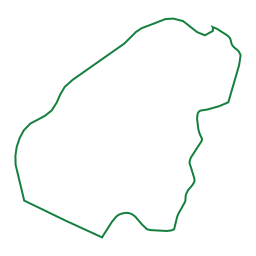 Ahuachapán, Albers equal-area conic projection
{"feature_id": "SLV-1343", "entity_name": "Ahuachapán", "entity_type": "Department", "adm_level": 1, "iso_a3": "SLV", "parent_name": "El Salvador", "parent_adm1": "", "projection": "albers", "projection_center": [-89.848, 13.863], "detail": "fine", "context": "isolated", "style": "outline", "palette": "green", "viewbox_px": 256, "rotation_deg": 0, "n_neighbors": 0, "source": "natural_earth", "source_scale": "10m", "svg_char_len": 1175}
<svg xmlns="http://www.w3.org/2000/svg" viewBox="0 0 256 256"><path d="M24.2,200.6L15.6,164.7L15.4,155.9L16.7,146.9L19.6,138.2L23.9,130.2L30.3,123.6L45.1,115.7L51.7,110.4L56.7,102.6L60.2,94.5L64.8,86.8L72.8,79.7L124.4,43.5L135.9,32.0L141.6,28.2L165.4,19.1L173.3,18.6L183.1,21.1L197.1,32.1L204.9,35.3L212.8,31.0L213.0,27.9L212.6,27.0L217.1,28.9L226.8,35.1L228.8,36.7L229.7,37.9L230.4,39.1L231.5,43.6L232.1,44.9L232.9,46.1L234.8,48.0L237.0,49.7L238.9,51.7L239.0,51.9L240.1,54.0L240.6,55.3L239.1,65.2L228.3,102.3L218.8,106.3L207.0,109.6L200.4,110.6L198.9,111.6L197.8,113.2L197.2,116.7L197.1,119.1L198.4,129.5L199.3,132.7L200.3,135.2L201.5,137.7L202.0,139.0L201.7,140.9L190.8,157.7L189.8,160.7L189.5,162.9L194.0,177.3L194.6,180.4L193.9,182.6L192.3,185.2L188.2,190.0L186.6,193.0L185.7,195.4L185.4,200.5L185.0,201.9L178.1,214.3L177.1,217.0L174.1,229.3L171.4,230.4L166.9,231.0L150.7,230.1L147.3,229.4L146.3,228.6L142.4,224.9L135.3,216.7L134.2,215.8L132.0,214.3L130.7,213.7L129.3,213.2L127.4,212.9L125.2,212.9L122.1,213.5L120.3,214.1L118.7,214.8L117.4,215.7L115.9,217.0L111.9,221.9L103.3,235.3L102.1,237.4L65.7,220.7L24.2,200.6Z" fill="none" stroke="#15803d" stroke-width="2"/></svg>